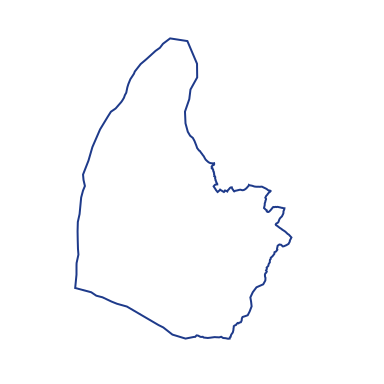 outline of Ogbomosho North, Oyo, Nigeria, rotated 199°
{"feature_id": "59680162B8886032648131", "entity_name": "Ogbomosho North", "entity_type": "district", "adm_level": 2, "iso_a3": "NGA", "parent_name": "Nigeria", "parent_adm1": "Oyo", "projection": "robinson", "projection_center": [4.232, 8.135], "detail": "fine", "context": "isolated", "style": "outline", "palette": "blue", "viewbox_px": 384, "rotation_deg": 199, "n_neighbors": 0, "source": "geoboundaries", "source_scale": "gbopen_adm2", "svg_char_len": 5460}
<svg xmlns="http://www.w3.org/2000/svg" viewBox="0 0 384 384"><g transform="rotate(199 192 192)"><path d="M226.6,61.9L216.3,62.5L180.4,55.3L175.1,54.6L164.1,50.8L150.4,51.3L143.0,55.6L141.8,56.1L141.0,57.9L139.6,58.2L137.5,57.9L136.9,57.8L135.7,58.1L134.7,58.6L133.6,58.2L131.8,58.6L129.6,59.1L127.5,60.1L125.5,61.1L123.3,62.2L121.0,62.8L118.8,63.5L117.3,64.6L115.0,64.1L112.7,64.7L110.1,65.0L108.6,65.7L108.9,66.9L108.3,67.6L108.5,69.0L108.5,69.5L108.2,70.9L107.7,72.4L107.9,75.0L108.3,76.3L108.4,77.3L108.8,78.7L108.3,79.6L107.2,80.5L106.8,81.8L106.2,83.0L105.2,83.0L104.8,83.8L103.4,84.8L103.2,86.6L103.7,88.8L103.5,90.3L101.2,92.0L99.2,93.6L98.6,97.7L98.4,103.3L100.4,107.5L102.5,111.3L101.9,117.1L100.0,122.9L94.6,127.9L93.9,131.9L93.9,132.4L94.6,134.8L95.3,135.6L96.1,137.4L96.2,138.5L96.1,139.1L95.6,139.8L95.4,141.1L96.5,142.0L96.2,142.9L96.2,143.8L96.8,144.7L96.7,145.1L95.8,146.9L96.0,148.3L96.0,149.2L95.5,150.8L95.9,151.9L96.2,153.3L95.8,154.2L96.1,155.5L95.1,157.2L94.7,158.2L94.0,160.3L94.4,161.9L93.2,163.1L92.5,165.2L93.1,165.7L93.5,169.1L92.3,170.8L90.6,171.1L88.4,170.1L87.5,170.6L85.4,172.5L84.6,173.5L83.9,174.2L83.4,176.9L83.7,178.1L83.5,179.0L83.2,181.4L84.9,182.3L85.6,182.7L86.3,183.1L86.9,183.3L87.9,183.5L88.7,183.9L89.4,184.2L90.2,184.6L91.0,184.9L91.5,185.1L92.1,185.2L93.0,185.5L93.7,185.6L94.3,185.7L94.8,186.0L95.4,186.2L96.3,186.4L97.5,186.7L98.3,187.0L99.0,187.2L99.7,187.5L100.4,187.7L101.3,187.9L101.9,188.1L102.3,188.6L102.1,189.5L101.3,190.4L100.7,191.2L100.5,192.1L100.5,193.8L100.5,194.4L100.3,195.5L99.9,196.6L99.5,197.3L99.3,197.7L99.1,198.1L99.0,198.5L98.9,199.2L98.8,200.2L98.7,200.7L98.7,201.1L98.7,201.6L98.7,201.9L99.0,202.7L99.2,203.5L99.2,204.5L99.1,205.4L99.3,206.7L100.7,206.4L101.7,206.4L102.2,206.2L103.1,206.2L104.5,206.0L105.4,205.9L106.2,205.8L106.6,205.7L107.4,205.2L108.3,205.1L109.4,204.4L110.2,204.3L110.6,203.8L110.9,202.8L111.3,201.7L111.5,201.1L112.0,199.9L112.6,198.7L112.9,198.4L113.1,198.1L113.5,197.9L113.8,197.8L114.2,197.8L114.7,197.9L115.0,198.0L115.1,198.4L115.2,198.5L115.2,198.8L115.3,199.0L115.6,199.1L115.8,199.1L116.0,199.1L116.5,199.3L118.7,200.3L119.0,203.3L119.5,204.9L119.5,206.6L119.7,207.8L119.6,209.1L119.8,209.7L120.4,210.1L120.5,210.3L120.8,210.5L120.7,211.1L120.7,211.7L120.6,212.3L120.4,212.9L120.1,213.6L119.8,214.3L119.7,215.0L119.4,215.7L119.0,216.7L118.4,217.4L118.0,218.5L118.5,218.7L119.4,218.6L119.9,218.4L120.2,218.4L121.2,218.7L121.9,219.0L123.3,219.3L124.1,219.4L125.1,219.5L125.9,219.6L126.8,219.7L127.6,219.8L128.0,219.7L128.6,219.5L129.2,219.1L129.6,219.0L130.6,218.7L131.4,218.4L132.1,218.2L132.9,217.9L133.4,217.8L134.3,217.6L134.9,217.5L135.6,217.5L136.6,217.5L137.0,217.5L137.9,217.4L138.6,217.3L139.2,217.2L140.1,217.1L140.5,217.2L140.5,216.4L140.8,215.6L141.1,214.9L141.2,214.7L141.4,214.1L141.5,213.9L141.9,213.1L142.4,212.2L142.9,211.6L143.4,211.0L143.7,210.8L144.0,210.6L144.4,210.3L145.0,210.1L145.6,210.0L145.8,210.0L146.2,210.0L147.1,209.9L147.5,209.7L148.5,209.1L148.7,208.9L149.3,208.6L150.1,208.0L150.9,207.6L151.6,207.1L152.0,206.6L152.3,206.3L152.6,206.4L153.2,206.9L153.7,207.3L154.2,207.6L154.7,208.0L155.0,208.2L155.3,208.5L155.6,208.9L155.7,209.1L155.8,209.3L156.0,209.2L156.3,209.2L156.6,209.1L156.8,208.9L157.3,208.4L157.5,208.0L157.8,207.2L158.3,205.9L158.6,205.4L158.7,204.7L158.8,204.3L158.8,204.0L159.3,204.1L160.0,204.2L160.6,204.2L161.0,204.2L161.1,203.9L161.2,203.7L161.3,203.5L161.5,203.6L161.6,203.2L161.6,202.9L161.6,202.7L161.8,202.4L162.1,202.5L162.6,202.6L162.9,202.6L163.2,202.6L163.6,202.7L164.1,202.9L164.5,203.0L164.9,203.0L165.3,203.1L165.6,203.2L165.9,203.3L166.2,203.4L166.4,202.8L166.6,202.3L166.9,201.9L167.5,200.7L167.8,200.3L169.9,201.6L171.3,202.8L172.7,203.8L173.4,204.4L173.0,205.4L172.5,206.4L172.0,206.8L170.6,207.4L170.9,208.1L172.0,208.9L172.2,209.0L172.3,209.2L172.4,209.5L172.5,209.7L172.7,209.9L172.8,210.1L173.2,210.4L173.4,210.5L173.5,210.6L173.6,210.8L173.6,211.1L173.8,211.3L173.9,211.5L174.6,212.4L174.7,213.2L175.0,213.8L176.1,214.1L176.1,215.0L176.3,215.1L176.4,215.3L176.5,215.4L176.7,215.6L176.9,215.9L176.9,216.1L177.0,216.3L177.1,216.5L177.2,217.0L177.3,217.1L177.6,217.3L177.7,217.5L177.8,217.6L177.8,217.8L178.0,218.1L178.1,218.4L178.2,218.5L178.4,218.6L178.5,218.7L178.8,218.8L178.9,219.1L179.0,219.3L179.1,219.5L179.3,220.0L179.5,220.1L179.7,220.3L180.0,220.4L180.5,220.6L180.4,220.7L180.3,220.9L180.3,221.0L180.5,221.3L181.0,221.4L181.1,221.5L181.3,221.8L181.6,222.0L181.7,222.5L181.6,222.8L181.4,223.1L181.4,223.5L181.1,224.0L180.3,224.5L180.1,225.5L180.3,226.1L180.5,226.4L180.9,226.1L182.1,225.7L184.2,225.3L186.0,225.5L188.0,226.3L189.7,227.1L191.1,228.3L192.5,229.6L193.9,230.5L194.5,230.9L194.8,231.2L195.3,231.5L196.7,232.4L197.8,233.3L198.6,233.4L199.6,234.0L201.4,235.2L203.2,237.5L206.3,241.1L208.8,243.4L212.1,244.6L215.6,247.6L220.5,254.8L224.8,265.7L224.8,278.9L226.8,288.4L224.4,302.0L229.0,314.9L245.5,333.2L262.7,330.1L267.7,322.7L269.3,317.9L272.4,313.6L278.5,302.5L282.2,296.3L285.3,287.3L285.4,284.9L286.1,282.1L287.0,278.6L287.3,273.3L287.2,269.9L286.5,264.5L287.0,261.7L287.0,259.0L287.7,255.7L288.2,254.0L291.4,246.1L294.8,241.5L296.2,235.6L299.3,221.3L300.8,202.0L300.1,188.0L300.7,173.0L298.5,168.1L295.2,162.8L295.5,157.8L295.0,150.7L291.1,134.5L290.2,126.5L287.4,117.6L284.3,109.1L281.3,101.1L279.0,95.8L278.0,87.3L277.3,85.0L274.3,76.2L271.2,63.2L254.6,64.4L248.7,62.8L242.4,63.3L232.5,62.2L226.6,61.9Z" fill="none" stroke="#1e3a8a" stroke-width="2"/></g></svg>